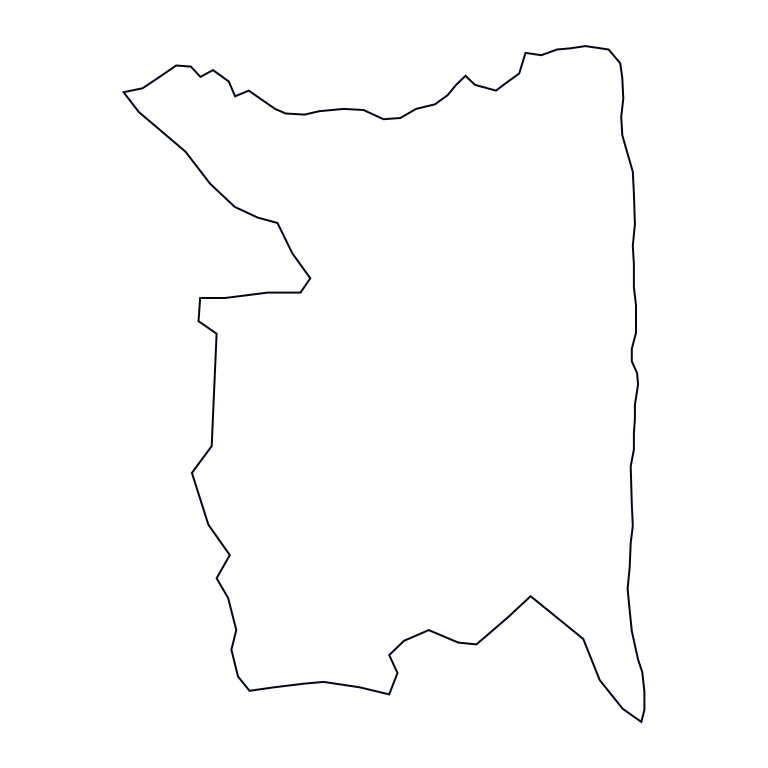 outline of Trapeza, Cyprus
{"feature_id": "46923920B69284380366179", "entity_name": "Trapeza", "entity_type": "district", "adm_level": 2, "iso_a3": "CYP", "parent_name": "Cyprus", "parent_adm1": "", "projection": "equal_earth", "projection_center": [33.486, 35.312], "detail": "fine", "context": "isolated", "style": "outline", "palette": "ink", "viewbox_px": 768, "rotation_deg": 0, "n_neighbors": 0, "source": "geoboundaries", "source_scale": "gbopen_adm2", "svg_char_len": 1421}
<svg xmlns="http://www.w3.org/2000/svg" viewBox="0 0 768 768"><path d="M641.3,721.9L644.4,710.0L644.4,691.7L642.3,672.2L638.1,659.7L631.8,631.1L629.7,610.5L627.6,588.8L629.7,567.1L630.7,543.1L632.8,525.9L631.8,504.2L630.7,466.5L633.9,449.4L633.9,433.4L634.9,418.5L634.9,404.8L638.1,384.2L637.0,372.8L631.8,361.4L631.8,348.8L636.0,332.8L636.0,305.4L633.9,287.1L633.9,264.3L632.8,246.0L634.9,224.3L633.9,193.4L632.8,171.7L626.5,150.0L622.3,135.2L621.2,116.9L623.3,98.6L622.3,78.1L620.2,63.2L608.6,49.5L585.5,46.1L569.7,48.4L557.1,49.5L541.3,55.2L525.5,52.9L519.2,73.5L506.6,82.6L496.0,90.6L475.0,84.9L465.5,75.8L456.1,84.9L447.6,95.2L435.0,104.3L416.1,108.9L400.3,118.0L383.5,119.2L363.5,110.0L343.5,108.9L319.3,111.2L304.6,114.6L285.6,113.5L275.1,108.9L263.5,100.9L248.8,90.6L235.1,96.3L228.8,81.5L213.0,70.1L200.4,76.9L190.9,66.6L176.2,65.5L156.2,79.2L142.5,88.3L123.6,92.2L138.8,112.0L185.4,151.6L210.1,183.7L234.7,206.9L257.7,217.6L277.5,223.0L292.3,253.3L310.3,278.3L300.5,292.6L267.6,292.6L224.8,298.0L200.2,298.0L198.5,321.2L216.6,333.7L211.7,446.1L191.9,472.9L208.4,524.7L229.8,555.1L216.6,578.3L228.1,597.9L236.3,630.1L231.4,649.7L238.0,676.5L249.5,690.8L274.1,687.3L303.7,683.7L323.5,681.9L359.6,687.3L389.2,694.4L397.5,673.0L389.2,655.1L404.0,640.8L428.7,630.1L458.3,642.6L476.4,644.4L507.6,617.6L530.6,596.2L583.3,639.0L599.7,680.1L622.7,708.8L641.3,721.9Z" fill="none" stroke="#020617" stroke-width="2"/></svg>